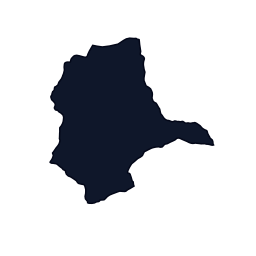 outline of Silambi, Mongar, Bhutan, rotated 25°
{"feature_id": "84629894B22017892255208", "entity_name": "Silambi", "entity_type": "district", "adm_level": 2, "iso_a3": "BTN", "parent_name": "Bhutan", "parent_adm1": "Mongar", "projection": "orthographic", "projection_center": [91.084, 27.121], "detail": "fine", "context": "isolated", "style": "filled", "palette": "ink", "viewbox_px": 256, "rotation_deg": 25, "n_neighbors": 0, "source": "geoboundaries", "source_scale": "gbopen_adm2", "svg_char_len": 3797}
<svg xmlns="http://www.w3.org/2000/svg" viewBox="0 0 256 256"><g transform="rotate(25 128 128)"><path d="M72.0,192.1L73.4,192.2L75.3,191.5L77.5,190.9L78.4,190.7L79.9,191.0L82.0,191.6L85.3,192.3L86.8,193.1L89.2,193.1L89.6,193.6L90.1,194.3L91.7,195.9L94.2,196.7L96.4,196.5L98.9,196.8L101.4,197.2L103.5,197.6L104.2,198.0L105.4,198.8L106.7,199.1L108.9,198.7L110.9,198.2L111.8,197.9L112.4,198.1L113.6,199.0L115.6,201.4L116.4,203.0L117.3,205.2L118.0,208.1L119.4,210.2L122.5,211.7L123.0,212.8L124.3,212.7L125.5,212.2L127.1,211.5L128.3,210.7L129.3,210.0L130.2,208.8L130.9,208.0L131.9,207.5L132.6,206.9L132.8,206.6L133.0,206.1L133.2,205.1L134.7,204.3L136.6,203.2L137.3,201.7L137.7,200.4L138.2,198.9L139.6,196.5L140.6,195.4L141.3,194.6L145.5,190.3L147.2,188.7L150.4,187.5L152.0,186.8L152.8,186.1L153.1,185.5L153.4,184.8L154.1,183.6L155.3,182.1L156.7,180.0L158.0,178.1L157.6,177.7L157.0,177.1L156.3,176.0L155.6,174.8L155.3,174.6L154.2,174.3L151.5,171.2L149.3,168.9L148.3,168.6L146.9,168.9L146.3,168.2L145.9,166.7L145.9,164.7L145.9,163.2L146.1,161.1L146.4,158.8L148.1,155.3L149.7,151.6L151.6,149.0L152.7,146.9L152.7,144.8L152.8,142.5L154.2,140.9L155.0,139.8L155.3,139.4L157.8,136.3L159.0,135.2L161.2,133.5L163.6,132.1L165.4,131.7L166.9,130.8L167.6,129.0L168.0,127.3L170.2,125.6L172.1,123.1L174.6,120.2L175.8,118.6L176.4,117.1L176.5,116.8L177.6,115.9L179.0,115.4L181.9,115.4L187.8,115.2L188.3,115.3L189.4,115.3L190.6,115.2L191.5,115.1L192.9,114.7L194.1,114.1L195.5,113.1L196.3,112.9L199.5,111.8L200.9,111.4L204.1,109.8L205.8,109.5L207.3,108.9L209.5,108.4L210.4,108.3L211.5,108.0L212.4,107.5L212.7,107.2L211.7,106.4L210.7,104.6L209.5,103.3L206.5,102.4L205.8,101.7L204.2,100.6L202.4,99.2L201.8,98.4L200.8,97.3L200.0,97.1L198.1,97.2L195.7,96.9L194.4,96.4L192.4,95.5L191.3,95.3L188.2,94.8L186.6,94.8L185.8,95.1L185.5,95.5L184.5,96.0L182.9,97.2L182.3,97.5L180.3,98.0L178.4,99.2L177.5,99.3L176.5,99.1L175.0,98.9L174.4,99.1L172.9,100.2L171.1,100.7L170.4,101.2L168.2,101.6L167.2,102.0L166.7,102.7L165.6,103.6L164.7,103.8L162.7,103.9L161.9,104.0L159.9,104.6L158.0,104.4L157.4,104.2L156.0,103.7L153.3,102.0L152.4,101.7L151.5,101.1L150.2,99.5L149.2,98.1L148.5,97.3L147.6,96.8L146.1,95.8L144.2,94.4L143.3,93.9L143.1,93.7L141.0,93.6L139.4,93.1L137.1,90.8L136.0,87.5L135.2,86.0L134.1,84.8L131.9,83.0L129.5,82.4L126.6,82.2L122.4,78.2L121.3,75.9L120.4,72.8L119.7,70.2L117.8,68.1L115.3,64.4L114.7,63.1L114.1,61.4L113.6,58.4L113.3,58.1L112.7,57.3L111.3,56.7L109.4,56.5L108.1,56.3L107.7,55.5L107.1,53.2L103.3,47.5L101.9,45.1L101.1,43.8L100.7,43.2L100.2,43.2L99.4,43.6L97.4,43.4L95.5,44.4L91.5,45.9L88.8,48.0L87.0,50.5L83.5,56.2L76.8,61.4L70.5,65.4L65.2,67.0L61.1,68.0L60.5,74.6L60.5,76.8L60.5,77.8L60.7,79.9L60.7,80.6L59.9,81.7L58.3,82.3L56.0,82.7L53.6,83.1L50.8,83.8L49.3,84.8L48.4,85.9L47.4,88.9L47.4,90.0L47.5,90.7L47.6,91.1L47.7,91.8L47.7,92.6L47.1,93.2L45.7,93.6L44.2,94.6L43.4,95.7L43.3,96.3L43.6,97.6L44.4,99.8L45.9,102.4L46.6,105.6L46.7,106.7L46.7,107.8L46.9,109.4L46.9,111.6L46.5,113.5L46.0,115.7L46.2,117.6L46.3,118.6L46.0,119.2L45.3,120.7L44.4,121.7L44.4,122.6L44.9,124.1L45.1,125.1L44.8,126.0L44.4,126.9L44.5,127.9L44.7,129.3L45.0,130.0L44.8,131.2L44.9,132.4L45.9,133.6L46.9,134.6L48.9,135.3L50.1,135.8L51.3,136.4L52.4,137.8L52.6,139.5L52.6,140.4L52.9,141.1L54.3,142.1L55.4,142.2L56.2,141.6L57.3,141.9L58.1,142.4L59.2,142.6L60.5,142.7L61.9,143.1L63.6,143.7L64.8,145.0L65.2,145.6L65.9,147.5L66.4,149.0L66.6,149.9L66.7,150.5L66.8,152.1L66.6,154.6L66.3,155.6L66.1,156.6L66.7,158.0L67.7,160.0L68.2,161.4L69.9,165.4L70.2,166.2L70.4,166.7L70.8,167.1L71.6,168.0L71.9,169.0L72.2,170.9L72.2,172.0L72.0,173.6L71.2,176.9L71.1,177.8L70.5,181.3L70.4,182.0L70.2,182.4L70.5,183.0L71.8,184.1L72.1,185.3L72.3,187.2L72.3,188.0L72.2,189.3L71.9,190.8L71.8,191.6L72.0,192.1Z" fill="#0f172a" stroke="#020617" stroke-width="1.5"/></g></svg>